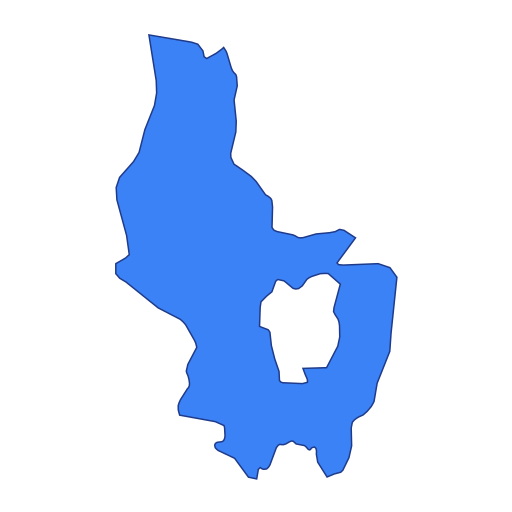 outline of Kândal, rotated 179°
{"feature_id": "KHM-1786", "entity_name": "Kândal", "entity_type": "Province", "adm_level": 1, "iso_a3": "KHM", "parent_name": "Cambodia", "parent_adm1": "", "projection": "albers", "projection_center": [104.96, 11.392], "detail": "fine", "context": "isolated", "style": "filled", "palette": "blue", "viewbox_px": 512, "rotation_deg": 179, "n_neighbors": 0, "source": "natural_earth", "source_scale": "10m", "svg_char_len": 2607}
<svg xmlns="http://www.w3.org/2000/svg" viewBox="0 0 512 512"><g transform="rotate(179 256 256)"><path d="M359.2,478.9L316.7,470.9L310.5,468.8L305.5,462.0L304.4,456.2L301.9,454.3L292.2,459.4L286.5,463.5L284.7,465.1L282.7,461.9L282.1,460.6L281.5,459.1L277.5,444.7L276.3,441.7L275.0,439.8L274.0,438.8L273.0,437.7L272.3,435.6L271.8,426.4L275.2,412.4L273.4,391.1L274.0,380.4L279.5,359.1L279.4,355.0L276.4,348.2L267.9,342.2L259.3,335.6L254.5,330.4L245.4,317.0L242.8,315.5L240.6,313.7L239.8,312.6L239.2,311.2L238.6,304.6L239.5,284.3L237.9,281.8L236.9,281.1L234.2,280.0L218.8,276.5L216.3,275.4L215.1,274.6L213.6,273.7L211.5,273.4L208.7,273.5L195.5,277.0L182.0,278.0L176.3,279.0L172.5,280.9L171.8,281.1L167.5,280.1L156.2,272.4L175.1,247.7L173.6,245.9L168.8,245.4L134.0,246.2L122.3,242.0L115.5,232.3L122.3,176.6L123.9,158.3L137.1,126.7L140.5,108.6L141.7,106.3L143.4,103.5L147.5,98.8L151.7,95.2L155.9,93.4L158.5,91.9L160.7,90.2L162.6,88.0L163.8,82.4L163.7,64.5L166.6,52.7L172.9,40.3L175.1,38.3L181.6,36.7L188.8,33.8L197.9,48.8L199.1,56.8L198.9,60.0L199.4,62.6L200.9,64.0L203.1,63.5L204.1,62.8L204.9,61.6L205.8,61.2L207.1,61.7L209.3,64.3L210.8,65.6L219.2,67.4L222.0,70.1L223.8,70.4L225.8,69.6L229.4,67.6L231.8,66.9L233.8,66.9L235.4,67.3L237.2,66.3L239.0,64.0L245.7,46.9L247.2,44.6L249.1,42.9L252.0,42.6L253.5,43.0L255.5,44.4L257.4,42.6L259.2,33.1L267.4,35.0L280.9,54.1L297.2,62.2L298.5,63.3L300.1,65.0L300.6,67.6L299.9,69.3L298.1,70.4L294.3,70.8L292.9,71.1L291.6,72.0L290.8,73.6L290.3,75.3L290.1,77.1L290.4,84.7L290.9,87.0L299.6,91.1L335.1,98.2L336.2,102.4L336.4,103.9L336.4,107.7L335.6,110.3L334.0,113.7L326.8,124.6L326.2,125.1L325.8,125.6L325.0,127.2L324.7,129.5L325.1,133.3L326.0,137.2L327.3,140.4L327.7,142.2L326.0,148.9L316.8,165.7L317.8,170.0L319.0,172.8L327.5,188.4L329.8,191.2L332.8,194.0L354.7,205.8L386.5,232.3L392.6,236.1L396.5,240.8L396.3,250.8L386.4,256.3L382.7,259.6L385.0,278.7L394.1,314.6L394.6,326.9L391.0,337.0L376.8,352.5L371.1,361.6L364.9,384.3L354.9,408.2L352.5,420.7L352.7,433.1L359.2,478.9ZM234.4,232.1L235.7,231.4L236.8,230.3L240.7,220.0L246.2,215.6L251.8,210.1L252.7,204.8L253.7,185.5L245.1,182.0L244.4,181.1L243.4,179.4L242.2,166.2L239.1,152.9L235.0,140.2L234.7,131.1L233.4,129.5L231.3,128.8L211.8,127.6L206.8,128.8L206.7,130.2L207.0,132.3L208.8,136.5L211.0,142.8L187.4,143.1L175.8,164.4L173.7,173.5L173.7,184.9L174.2,188.6L175.1,191.5L177.8,195.8L179.4,199.0L178.9,203.0L172.2,226.4L184.1,237.2L187.3,237.4L192.1,237.2L200.9,234.5L203.5,233.2L205.5,231.8L210.2,225.4L214.0,222.7L216.9,222.3L219.5,223.0L228.3,230.6L234.4,232.1Z" fill="#3b82f6" stroke="#1e3a8a" stroke-width="1.5"/></g></svg>